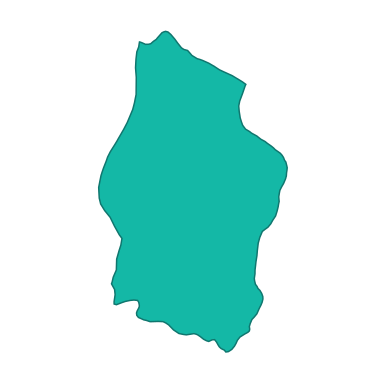 the district of Karluway #2, Maryland, Liberia, rotated 114°
{"feature_id": "62588387B3504103493017", "entity_name": "Karluway #2", "entity_type": "district", "adm_level": 2, "iso_a3": "LBR", "parent_name": "Liberia", "parent_adm1": "Maryland", "projection": "albers", "projection_center": [-7.68, 4.692], "detail": "fine", "context": "isolated", "style": "filled", "palette": "teal", "viewbox_px": 384, "rotation_deg": 114, "n_neighbors": 0, "source": "geoboundaries", "source_scale": "gbopen_adm2", "svg_char_len": 2766}
<svg xmlns="http://www.w3.org/2000/svg" viewBox="0 0 384 384"><g transform="rotate(114 192 192)"><path d="M76.3,301.0L77.5,300.7L81.1,299.7L86.4,299.4L93.4,297.2L101.5,294.1L110.0,289.5L120.4,285.0L125.7,282.7L130.2,281.7L134.1,280.8L140.8,279.7L154.8,279.4L162.7,279.9L174.0,281.1L175.5,281.2L180.2,281.8L187.0,282.8L188.5,283.0L194.4,283.3L198.8,282.9L206.0,282.6L210.4,282.2L214.0,281.8L218.9,280.7L225.8,279.1L231.9,276.0L235.4,274.2L239.0,271.4L240.1,270.6L244.5,264.2L248.4,256.5L254.9,248.7L257.5,245.2L260.6,241.1L262.9,237.1L269.4,235.4L275.8,234.7L277.1,234.5L283.5,233.6L284.0,233.5L294.0,229.4L301.9,229.3L307.0,228.3L308.6,228.2L309.7,226.8L312.5,223.1L317.0,220.5L320.2,219.6L323.8,218.6L326.0,217.6L325.7,215.2L321.4,210.9L319.0,208.3L316.2,204.4L314.3,201.1L313.2,197.6L314.4,195.8L316.8,194.1L318.4,193.5L320.2,193.5L323.0,193.7L325.1,193.5L327.1,192.3L328.4,189.9L328.4,184.9L328.4,184.0L327.9,181.6L327.5,177.5L324.0,170.3L322.2,165.7L322.3,162.7L322.9,159.2L323.3,158.3L325.5,152.8L326.6,146.4L325.6,141.8L324.8,139.1L320.6,132.6L320.2,130.3L320.2,128.6L320.7,125.7L321.5,122.7L321.8,121.5L322.0,118.3L321.7,115.9L318.9,113.5L317.7,111.3L319.1,108.6L321.3,105.7L322.4,104.0L323.2,101.6L323.3,98.2L324.4,96.0L323.0,93.8L319.6,91.6L315.6,90.5L312.4,90.2L308.9,90.2L305.0,89.2L300.2,86.0L297.5,83.9L296.6,83.5L295.6,83.1L293.8,83.5L291.6,84.9L288.5,85.3L284.1,85.4L281.0,84.3L277.0,83.2L273.7,83.2L270.7,83.2L267.4,83.0L264.1,83.1L260.9,83.7L258.7,84.8L256.3,87.1L254.3,89.9L253.3,92.5L251.8,94.2L250.5,96.5L247.8,98.6L245.7,99.9L241.1,101.2L237.6,102.7L233.4,104.0L229.7,105.2L223.7,106.8L218.9,108.5L211.8,110.7L205.9,111.6L199.8,111.7L199.4,111.7L196.2,110.0L193.3,108.3L189.0,107.1L185.3,106.8L179.9,105.9L174.8,106.5L170.4,107.3L167.8,108.0L166.4,108.3L165.3,108.5L161.1,110.8L157.3,111.8L154.7,112.4L150.7,112.2L146.9,111.8L141.9,111.9L140.1,112.2L139.1,112.3L136.1,113.4L133.2,114.2L131.1,114.9L129.2,116.3L126.4,118.5L125.4,120.3L123.3,122.4L121.9,124.5L120.7,127.0L120.0,130.5L119.5,133.2L118.6,135.4L117.8,138.3L116.9,143.0L116.2,145.6L116.1,146.3L115.8,150.5L114.8,154.4L114.5,155.4L114.4,156.6L114.0,161.6L113.4,163.8L112.8,168.7L110.4,172.9L107.9,175.3L104.7,178.1L102.5,179.5L99.1,181.7L94.4,184.3L89.5,185.4L81.3,185.9L73.7,186.6L72.6,186.6L71.8,186.6L70.9,190.6L69.5,201.6L69.4,202.2L69.3,209.8L69.3,210.2L69.3,211.8L69.2,216.6L68.5,221.0L68.3,222.0L67.5,229.0L67.5,235.7L67.7,238.8L68.1,241.5L67.3,247.6L65.8,250.7L64.5,253.6L65.1,257.4L65.0,257.9L64.6,260.3L62.4,264.5L61.9,265.5L59.4,269.8L56.7,275.4L55.6,279.0L56.0,281.5L57.2,282.9L58.7,284.2L63.8,285.8L65.4,286.3L67.1,286.7L70.0,288.5L73.3,290.0L74.7,291.8L75.6,293.8L76.0,294.3L76.0,298.0L76.1,300.2L76.3,301.0Z" fill="#14b8a6" stroke="#0f766e" stroke-width="1.5"/></g></svg>